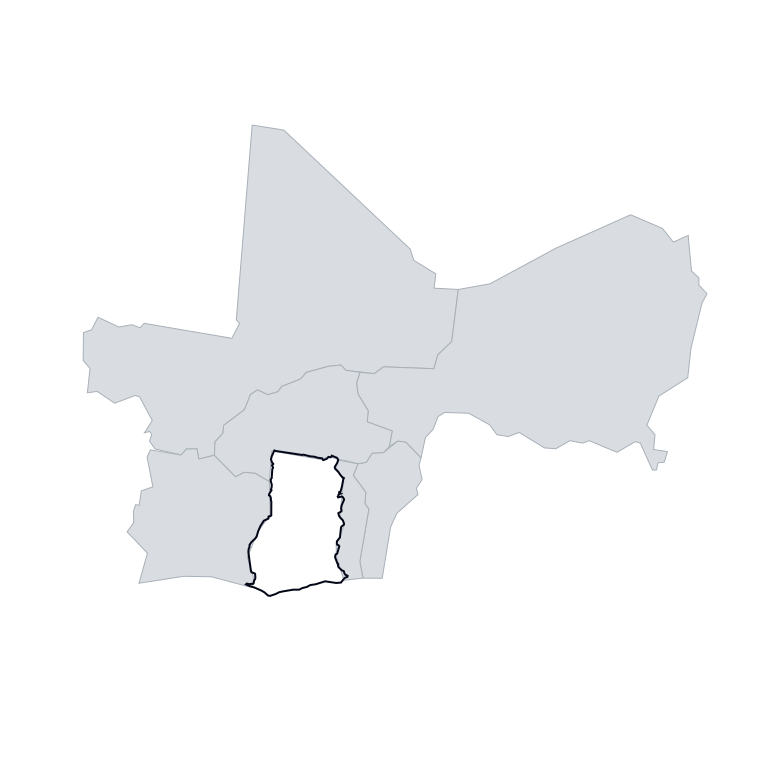 Ghana shown with its bordering countries, rotated 9°
{"feature_id": "GHA", "entity_name": "Ghana", "entity_type": "country or territory", "adm_level": 0, "iso_a3": "GHA", "parent_name": "Africa", "parent_adm1": "", "projection": "orthographic", "projection_center": [-1.079, 7.965], "detail": "medium", "context": "with_neighbors", "style": "outline", "palette": "ink", "viewbox_px": 768, "rotation_deg": 9, "n_neighbors": 6, "source": "natural_earth", "source_scale": "50m", "svg_char_len": 4849}
<svg xmlns="http://www.w3.org/2000/svg" viewBox="0 0 768 768"><g transform="rotate(9 384 384)"><path d="M92.4,439.1L91.2,414.5L83.2,407.8L79.1,380.2L86.7,376.2L91.1,362.8L113.1,369.2L125.7,364.9L134.2,366.6L137.7,361.6L226.6,362.7L231.9,346.7L228.1,343.8L213.3,148.9L245.3,148.9L388.7,246.6L394.1,257.2L417.9,267.1L418.5,281.5L442.6,279.0L444.2,331.5L432.5,346.9L430.9,361.1L380.9,367.1L372.7,375.3L344.1,376.4L338.5,372.0L326.2,375.3L305.3,384.8L301.0,392.0L283.5,402.3L280.4,408.2L270.9,412.8L260.1,409.6L253.8,415.2L250.3,431.0L232.1,449.9L232.6,457.8L226.2,467.5L227.6,480.9L212.8,487.1L209.4,477.2L199.0,479.2L194.7,485.9L168.0,483.9L161.3,477.1L162.6,470.3L159.9,467.5L155.0,469.7L160.8,456.3L144.6,434.9L140.1,434.2L121.0,445.1L101.8,436.2L92.4,439.1Z" fill="#d9dde1" stroke="#a8b0b8" stroke-width="1"/><path d="M412.6,576.2L393.6,579.0L387.9,563.1L388.6,510.0L383.9,505.2L383.0,493.9L368.0,479.0L370.8,466.8L378.6,464.2L383.2,454.1L394.2,451.8L406.6,438.1L414.7,437.9L432.1,451.0L431.3,458.7L436.6,472.4L432.3,481.7L434.8,487.9L417.0,509.5L412.9,524.2L412.6,576.2Z" fill="#d9dde1" stroke="#a8b0b8" stroke-width="1"/><path d="M661.2,189.7L670.0,224.3L678.4,229.9L679.5,237.0L688.9,244.4L685.4,254.3L681.6,300.6L683.0,330.3L657.4,352.9L650.1,383.5L659.6,391.7L660.5,406.5L674.5,406.5L673.0,417.4L666.9,419.0L666.6,426.3L662.6,427.0L646.4,402.3L641.2,401.6L624.8,415.0L595.6,407.9L589.4,411.3L576.4,410.9L563.8,421.1L552.5,422.0L525.1,410.7L514.8,416.5L503.4,416.4L494.7,407.8L472.1,399.6L448.2,402.7L442.4,407.8L439.6,421.1L433.3,430.4L432.1,451.0L414.7,437.9L406.6,438.1L399.1,444.9L399.4,429.1L373.3,424.0L372.6,412.9L359.8,397.9L356.7,387.4L358.4,376.3L372.7,375.3L380.9,367.1L430.9,361.1L432.5,346.9L444.2,331.5L442.6,279.0L472.9,268.5L532.6,222.9L601.1,178.3L634.7,186.8L647.6,198.6L661.2,189.7Z" fill="#d9dde1" stroke="#a8b0b8" stroke-width="1"/><path d="M370.8,466.8L368.0,479.0L383.0,493.9L383.9,505.2L388.6,510.0L387.9,563.1L393.6,579.0L375.1,584.1L363.8,561.3L361.9,549.8L366.9,529.0L361.1,520.5L358.9,485.5L349.3,473.6L351.0,466.4L370.8,466.8Z" fill="#d9dde1" stroke="#a8b0b8" stroke-width="1"/><path d="M163.5,485.6L194.7,485.9L199.0,479.2L209.4,477.2L212.8,487.1L227.6,480.9L251.8,498.7L259.8,493.0L270.5,492.2L286.0,498.2L291.9,531.1L282.2,550.5L276.1,576.6L286.0,596.6L285.0,605.7L243.7,601.4L216.4,605.2L173.2,619.1L176.8,588.1L153.4,570.2L158.5,560.0L156.4,548.8L157.6,542.0L161.2,542.1L161.0,527.5L171.8,521.7L161.5,493.4L163.5,485.6Z" fill="#d9dde1" stroke="#a8b0b8" stroke-width="1"/><path d="M227.6,480.9L226.2,467.5L232.6,457.8L232.1,449.9L250.3,431.0L253.8,415.2L260.1,409.6L270.9,412.8L280.4,408.2L283.5,402.3L301.0,392.0L305.3,384.8L326.2,375.3L338.5,372.0L344.1,376.4L358.4,376.3L356.7,387.4L359.8,397.9L372.6,412.9L373.3,424.0L399.4,429.1L399.1,444.9L394.2,451.8L383.2,454.1L378.6,464.2L370.8,466.8L340.5,464.6L333.1,468.4L283.6,467.7L286.0,498.2L270.5,492.2L259.8,493.0L251.8,498.7L227.6,480.9Z" fill="#d9dde1" stroke="#a8b0b8" stroke-width="1"/><path d="M348.9,464.2L350.3,465.6L350.6,466.4L350.1,469.4L348.4,473.4L348.5,474.4L349.1,475.4L352.5,477.9L355.4,480.9L358.0,482.9L359.1,483.2L358.7,484.5L358.5,491.7L357.9,497.2L357.6,497.6L356.7,497.6L356.6,498.2L356.7,498.7L358.3,499.1L356.8,499.9L356.3,500.7L356.5,501.6L355.9,502.4L356.5,503.2L359.8,501.7L360.8,502.0L362.5,503.9L362.6,504.8L361.2,510.4L361.1,513.7L361.9,515.5L361.8,516.5L359.1,518.7L360.1,521.1L361.7,522.9L364.7,525.1L366.3,528.0L366.4,529.2L364.3,531.4L364.0,532.8L364.5,542.5L362.1,546.7L362.4,549.3L363.0,550.1L364.2,550.3L365.2,551.2L364.3,558.6L364.0,559.2L363.0,559.8L362.7,560.8L362.8,562.8L366.2,568.8L366.9,569.0L367.0,570.5L367.7,572.0L371.7,574.8L373.4,575.0L374.9,577.7L375.7,578.4L378.0,579.1L378.0,580.3L376.2,581.2L374.9,582.6L372.6,586.8L368.0,588.0L356.7,588.1L347.8,592.5L342.7,594.1L339.6,596.5L335.3,598.3L332.4,600.4L326.3,601.4L316.2,604.8L313.0,606.1L309.8,608.4L304.6,611.1L302.6,611.1L298.5,608.5L295.5,607.3L288.0,605.3L282.4,604.5L279.0,603.5L279.7,602.6L282.8,602.8L284.1,602.1L285.9,602.0L286.4,601.3L286.5,598.0L287.1,597.3L287.3,595.6L286.4,591.7L285.8,591.3L282.6,590.7L281.7,589.1L276.6,572.2L276.2,570.0L276.2,567.4L276.6,566.4L276.4,563.8L277.9,560.7L280.9,556.9L282.1,554.6L282.8,548.8L284.2,543.5L286.7,537.8L290.8,535.1L291.0,534.3L290.6,533.4L290.8,532.8L292.5,532.3L293.2,531.4L291.1,517.7L290.6,516.8L290.0,514.1L289.1,512.5L287.8,512.0L287.8,510.5L289.5,506.5L288.9,506.1L289.2,503.1L288.8,500.7L287.4,497.8L287.1,495.8L287.8,494.6L287.0,485.5L287.5,484.4L287.3,483.4L286.3,482.5L286.2,481.5L287.1,480.6L287.0,479.9L285.9,479.4L284.2,476.2L284.4,473.1L286.1,466.8L287.9,467.1L314.1,466.9L315.5,466.4L322.4,467.0L326.7,466.7L329.9,467.2L334.5,467.1L335.7,468.6L336.2,468.6L339.3,466.7L340.6,464.7L342.6,464.8L343.3,464.1L343.6,463.0L348.9,464.2Z" fill="none" stroke="#020617" stroke-width="2"/></g></svg>